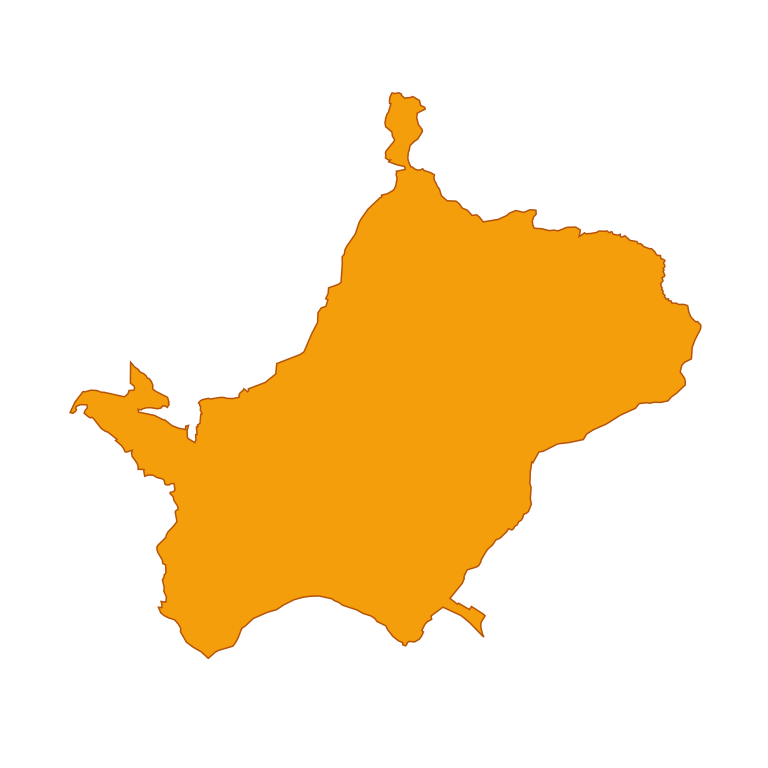 Salva, Bistrita-Nasaud, Romania, rotated 6°
{"feature_id": "2599482B98340268972842", "entity_name": "Salva", "entity_type": "district", "adm_level": 2, "iso_a3": "ROU", "parent_name": "Romania", "parent_adm1": "Bistrita-Nasaud", "projection": "equal_earth", "projection_center": [24.357, 47.327], "detail": "fine", "context": "isolated", "style": "filled", "palette": "amber", "viewbox_px": 768, "rotation_deg": 6, "n_neighbors": 0, "source": "geoboundaries", "source_scale": "gbopen_adm2", "svg_char_len": 6138}
<svg xmlns="http://www.w3.org/2000/svg" viewBox="0 0 768 768"><g transform="rotate(6 384 384)"><path d="M434.1,640.1L434.0,639.1L435.7,637.4L441.4,637.3L445.8,634.1L447.6,631.1L449.2,626.6L447.4,625.1L449.9,618.5L452.0,615.9L456.0,613.1L455.1,609.7L465.9,599.8L484.4,606.1L487.5,607.9L494.4,612.6L509.1,624.9L509.5,624.5L508.1,622.4L505.9,616.4L505.5,614.0L505.5,610.8L508.8,604.0L506.9,602.5L494.2,596.1L492.5,599.4L481.0,594.2L480.1,595.3L472.0,590.3L482.7,574.0L484.2,569.0L483.7,568.1L484.1,565.8L486.2,560.1L495.2,556.3L497.1,554.9L499.0,550.7L498.9,549.2L502.7,540.7L504.5,537.4L508.8,532.7L511.4,527.6L515.9,524.8L521.5,518.0L522.9,514.8L526.3,515.8L527.7,514.7L529.0,511.9L531.3,510.0L532.2,507.1L534.8,505.0L535.9,502.8L536.6,498.9L538.9,497.9L541.0,495.7L543.1,488.1L541.5,482.6L541.1,471.4L539.5,467.8L538.7,456.0L539.2,446.1L540.4,446.7L545.1,435.5L549.6,434.1L563.0,425.4L574.5,422.8L588.1,418.4L590.8,412.5L596.9,407.7L609.4,400.5L622.6,390.1L636.6,381.9L639.8,376.8L647.1,375.2L650.6,375.3L654.5,373.9L661.1,373.4L668.4,371.0L670.8,367.2L675.9,362.6L683.6,353.6L683.4,350.0L682.3,346.8L677.3,341.0L678.3,334.1L680.8,330.9L687.1,326.9L686.7,315.3L688.7,307.5L692.9,296.8L693.2,293.9L692.8,292.1L690.2,289.9L689.3,289.1L687.6,289.6L683.5,286.5L681.7,284.4L679.6,280.5L677.8,274.3L674.0,273.5L668.7,274.1L666.3,273.0L661.9,273.5L660.9,271.5L658.4,271.4L658.0,270.7L658.0,269.5L655.8,270.3L655.3,269.2L653.8,268.0L654.1,266.4L651.5,264.5L652.0,263.1L651.3,261.6L650.4,261.3L650.5,259.1L649.5,258.2L648.8,255.1L650.7,252.3L649.4,248.9L651.3,248.1L652.0,246.7L649.8,242.7L650.6,241.4L649.6,239.7L651.0,238.2L650.8,236.5L649.5,234.9L649.6,233.6L650.6,232.1L649.4,231.0L646.3,230.4L645.5,227.3L642.8,227.5L641.3,226.7L639.3,224.0L635.8,221.4L633.9,221.7L627.5,220.1L627.1,219.2L624.4,217.6L621.9,217.8L620.7,215.9L613.7,215.5L608.1,211.4L604.9,213.2L603.5,212.3L603.4,210.4L600.9,211.6L597.2,211.2L595.9,210.9L594.9,208.9L593.7,208.9L593.0,209.8L592.0,209.9L589.7,208.4L587.2,209.1L581.8,209.4L579.5,211.1L573.9,212.7L569.1,213.5L567.6,212.7L562.7,217.0L563.2,210.3L558.2,207.9L549.7,209.0L541.1,213.5L536.9,213.2L532.3,214.2L525.0,213.1L517.2,213.4L515.6,210.9L514.5,207.0L515.3,202.2L517.6,199.3L516.9,195.3L511.1,195.4L505.2,198.7L496.9,197.7L490.8,201.0L488.5,203.6L480.3,208.4L465.7,212.4L461.8,208.3L458.6,206.1L453.9,207.1L448.7,202.4L443.5,200.9L440.3,197.1L436.5,194.6L427.7,195.2L421.5,190.8L418.7,184.3L416.4,181.9L414.6,178.5L413.1,176.9L412.0,173.4L412.3,170.7L408.3,168.9L401.6,167.5L399.9,165.9L398.1,167.2L395.3,167.8L392.2,167.0L389.2,165.1L388.0,165.3L385.5,160.9L384.1,157.2L384.0,150.6L384.7,148.9L384.9,144.3L388.9,139.4L391.9,137.0L395.8,128.9L395.3,126.9L391.1,122.4L388.6,115.4L388.8,111.1L396.3,106.3L395.6,104.6L391.2,103.0L389.7,98.4L382.7,95.1L379.8,96.5L376.9,96.9L374.9,97.8L371.2,95.1L371.1,93.8L368.2,92.8L365.1,93.9L361.5,93.7L359.9,98.2L359.8,101.8L360.3,104.4L361.6,104.4L360.0,113.3L358.7,115.6L357.9,119.5L357.7,124.4L358.8,128.0L365.4,132.5L366.7,137.0L368.5,139.2L369.0,140.9L361.7,152.1L361.3,153.9L361.9,156.6L361.8,159.1L365.4,160.8L366.9,160.6L365.4,162.5L373.8,164.6L381.8,165.6L382.8,168.4L374.1,171.1L374.6,171.7L374.1,174.2L375.5,178.2L375.0,185.4L374.0,188.7L372.7,190.6L367.3,194.5L361.7,196.5L362.2,198.4L360.6,199.1L349.8,211.8L344.0,222.1L342.4,225.9L339.8,237.8L332.7,250.6L331.2,254.5L330.9,259.2L329.1,261.8L330.0,269.2L330.6,287.4L328.3,289.6L318.8,294.2L319.0,299.8L317.1,305.3L319.4,306.1L318.1,312.9L313.6,314.9L310.9,320.1L311.5,329.8L306.9,341.5L301.1,360.3L297.6,363.4L275.2,374.9L275.3,385.3L265.7,394.9L249.6,403.0L250.0,404.8L249.1,406.0L245.2,403.4L244.6,404.9L241.9,407.8L240.9,410.1L241.4,412.0L240.4,412.7L234.9,414.3L229.5,414.7L225.9,414.1L222.3,414.5L212.9,417.1L210.8,416.6L205.2,418.5L203.1,419.9L201.5,422.3L202.6,423.0L203.0,424.7L204.0,425.5L204.1,429.3L205.8,431.9L206.0,432.9L204.9,433.1L205.1,442.3L202.8,444.4L203.4,446.0L201.9,446.4L203.4,453.8L202.0,454.0L202.8,459.3L202.0,462.1L195.1,458.8L194.1,457.7L193.1,451.0L193.9,445.6L191.2,446.7L191.3,450.0L184.8,449.5L177.6,447.6L169.9,442.7L168.3,442.7L158.9,439.2L142.8,437.6L142.0,434.9L145.1,435.2L146.2,434.1L150.1,432.5L154.7,431.9L161.5,432.3L164.9,431.1L166.1,429.0L168.8,428.7L170.9,429.9L172.4,426.8L171.6,425.4L172.1,424.7L170.1,419.9L157.9,415.2L154.6,413.3L154.1,409.1L152.2,405.6L149.9,403.2L148.1,403.0L146.8,401.0L144.2,399.0L140.2,397.6L137.9,395.2L133.9,392.9L129.7,388.8L131.7,409.7L135.8,412.3L136.4,414.6L135.7,416.4L131.1,417.1L130.3,420.7L127.2,423.9L106.5,421.5L103.9,421.8L99.0,420.5L93.1,420.8L87.6,423.0L85.5,423.0L78.6,434.2L74.8,445.2L77.7,445.7L80.2,443.2L80.8,441.7L79.8,440.1L80.5,438.3L84.2,436.3L90.6,435.7L91.5,438.5L89.4,442.0L88.8,444.4L94.1,447.9L95.9,448.3L96.8,447.6L98.5,448.5L107.4,457.8L111.5,460.0L114.8,460.9L124.3,467.0L123.0,468.3L129.4,472.7L132.5,476.4L133.4,478.3L134.9,478.7L140.6,476.2L140.1,479.0L141.1,482.3L146.7,488.6L148.2,492.2L148.4,494.6L154.3,494.1L154.3,496.1L155.7,500.8L158.9,499.2L163.8,498.8L168.2,500.8L173.5,501.5L175.3,502.7L176.8,506.7L178.4,507.1L181.1,506.7L182.9,505.2L185.6,505.0L187.2,511.6L185.3,513.4L182.7,514.1L182.6,515.2L185.1,517.2L186.4,518.9L187.2,521.7L191.4,526.9L192.1,528.6L192.2,530.0L189.9,532.2L189.8,533.4L192.1,541.2L192.2,542.9L189.9,546.9L184.8,553.4L183.3,557.0L183.0,559.5L175.9,568.1L175.2,569.9L175.6,572.7L176.8,575.3L181.9,582.2L182.8,585.8L185.6,586.6L186.6,592.6L186.8,594.3L186.4,595.6L185.5,596.4L185.3,599.3L184.1,602.0L186.7,609.3L186.7,613.2L189.8,618.4L189.9,623.7L185.0,623.6L186.0,625.8L186.5,629.6L183.0,629.6L186.0,635.0L189.7,637.4L194.4,639.2L200.3,640.3L204.6,644.3L207.3,648.0L207.5,651.7L214.5,661.4L221.7,665.7L230.3,669.5L237.9,675.2L244.4,668.1L247.8,666.0L261.0,660.6L263.3,656.9L265.4,651.8L268.1,641.8L271.2,639.3L278.5,630.9L292.0,623.2L300.7,619.7L307.4,614.1L317.0,608.0L325.5,604.6L333.3,602.7L341.6,601.6L354.7,603.1L357.3,604.6L362.0,606.0L366.2,608.4L380.3,611.4L387.3,614.4L395.2,616.0L399.3,618.1L402.0,621.0L411.2,624.3L413.1,627.7L419.2,634.1L425.1,637.8L429.8,639.4L429.8,641.3L432.9,642.2L434.1,640.1Z" fill="#f59e0b" stroke="#b45309" stroke-width="1.5"/></g></svg>